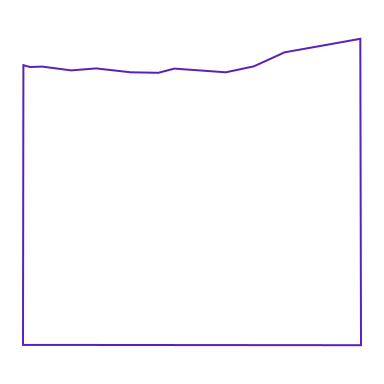 Kearney, Nebraska, United States of America
{"feature_id": "52423323B30771847835417", "entity_name": "Kearney", "entity_type": "district", "adm_level": 2, "iso_a3": "USA", "parent_name": "United States of America", "parent_adm1": "Nebraska", "projection": "robinson", "projection_center": [-98.962, 40.52], "detail": "fine", "context": "isolated", "style": "outline", "palette": "violet", "viewbox_px": 384, "rotation_deg": 0, "n_neighbors": 0, "source": "geoboundaries", "source_scale": "gbopen_adm2", "svg_char_len": 301}
<svg xmlns="http://www.w3.org/2000/svg" viewBox="0 0 384 384"><path d="M361.0,345.2L360.3,38.8L284.6,52.3L253.7,66.4L225.7,72.3L174.4,68.6L158.3,72.8L130.7,72.3L96.2,68.4L71.3,70.4L42.2,66.6L29.9,67.0L23.4,65.2L23.0,344.9L358.8,345.2L361.0,345.2Z" fill="none" stroke="#5b21b6" stroke-width="2"/></svg>